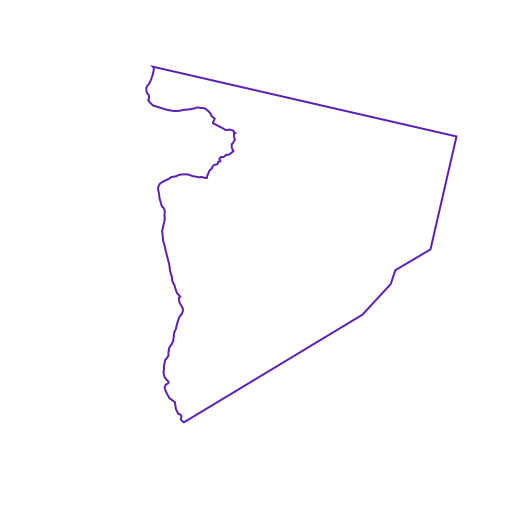 outline of Ngeiungel, Palau, rotated 20°
{"feature_id": "81905179B59978558639999", "entity_name": "Ngeiungel", "entity_type": "district", "adm_level": 2, "iso_a3": "PLW", "parent_name": "Palau", "parent_adm1": "", "projection": "orthographic", "projection_center": [134.62, 7.699], "detail": "fine", "context": "isolated", "style": "outline", "palette": "violet", "viewbox_px": 512, "rotation_deg": 20, "n_neighbors": 0, "source": "geoboundaries", "source_scale": "gbopen_adm2", "svg_char_len": 2275}
<svg xmlns="http://www.w3.org/2000/svg" viewBox="0 0 512 512"><g transform="rotate(20 256 256)"><path d="M417.7,190.1L403.5,75.1L94.3,113.4L95.7,114.2L96.4,116.9L97.0,121.3L97.0,124.3L97.0,127.6L96.7,129.3L96.5,131.4L95.7,133.0L95.4,135.5L96.4,138.0L97.5,139.7L97.8,140.1L100.1,141.3L101.5,144.0L101.3,146.1L103.4,147.9L107.8,149.8L113.2,149.5L118.8,149.3L124.6,148.8L130.3,147.5L134.7,145.6L137.7,143.6L142.8,141.2L148.0,138.2L150.4,136.2L153.2,135.9L156.8,134.8L159.5,135.4L162.2,136.4L164.5,137.7L166.5,139.9L167.7,140.2L170.2,141.0L170.2,142.7L169.9,144.9L170.2,146.0L172.6,146.2L176.3,146.8L180.3,147.2L183.5,147.8L185.3,147.8L187.9,146.2L191.9,146.0L192.8,147.1L194.4,147.6L193.5,148.4L194.3,151.2L195.7,152.9L196.5,154.2L196.0,155.7L195.7,158.1L194.9,159.1L195.9,162.0L197.6,164.1L198.9,165.0L198.0,166.8L195.9,170.0L193.2,171.3L192.5,173.1L191.2,174.4L189.2,174.9L188.4,177.3L190.1,179.2L188.2,180.5L188.5,182.8L186.8,183.8L185.0,185.4L184.5,187.6L184.4,189.2L183.1,191.5L182.9,194.9L182.8,197.5L183.1,199.4L181.7,200.0L177.8,200.4L176.1,201.4L172.4,202.0L169.3,202.6L164.5,202.6L160.2,203.9L156.2,205.9L153.5,208.5L149.3,210.9L147.7,213.3L145.6,215.4L143.1,218.0L141.1,220.6L140.5,223.3L140.7,226.0L144.0,231.5L145.5,234.6L148.2,238.3L149.8,240.6L151.1,241.8L152.9,242.5L154.8,244.7L156.1,248.9L157.7,252.6L158.2,256.2L158.8,261.4L159.3,264.7L161.2,268.6L163.5,273.4L166.0,276.7L167.6,279.1L168.1,280.1L173.4,287.9L175.8,291.3L178.4,295.5L180.3,299.4L184.1,304.5L185.9,308.1L189.9,312.0L191.9,314.9L194.4,317.8L197.6,319.5L198.7,320.2L197.8,321.6L198.7,323.4L199.9,325.8L203.4,328.7L205.2,330.3L206.1,332.8L206.1,336.1L205.3,337.3L204.8,341.1L205.0,346.5L205.2,348.4L205.7,351.9L205.3,355.8L206.3,360.2L207.3,364.4L206.8,366.9L207.0,367.7L206.3,369.5L205.8,372.6L206.3,374.0L206.6,376.3L207.4,378.4L207.8,380.2L207.1,382.7L206.3,384.5L206.7,387.9L207.3,391.4L208.4,394.5L209.1,397.6L211.3,400.8L213.7,402.6L215.8,403.4L217.2,404.7L216.8,406.0L215.2,407.6L215.0,410.5L216.9,413.4L220.5,416.8L223.3,419.2L225.3,419.8L227.7,420.5L229.8,421.1L231.0,423.5L233.3,427.4L235.2,429.2L236.8,430.8L239.1,430.8L240.7,432.1L241.1,435.0L242.9,436.3L244.8,436.9L245.2,436.9L376.1,274.7L392.2,236.3L391.8,221.7L417.7,190.1Z" fill="none" stroke="#5b21b6" stroke-width="2"/></g></svg>